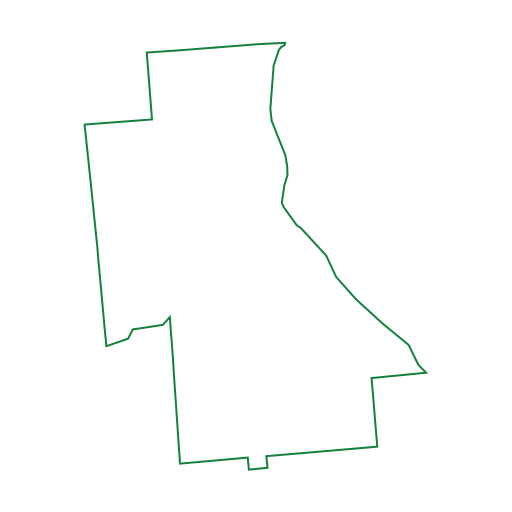 Cuyahoga, Ohio, United States of America (Natural Earth projection), rotated 85°
{"feature_id": "52423323B65833811425835", "entity_name": "Cuyahoga", "entity_type": "district", "adm_level": 2, "iso_a3": "USA", "parent_name": "United States of America", "parent_adm1": "Ohio", "projection": "natural_earth1", "projection_center": [-81.685, 41.453], "detail": "fine", "context": "isolated", "style": "outline", "palette": "green", "viewbox_px": 512, "rotation_deg": 85, "n_neighbors": 0, "source": "geoboundaries", "source_scale": "gbopen_adm2", "svg_char_len": 840}
<svg xmlns="http://www.w3.org/2000/svg" viewBox="0 0 512 512"><g transform="rotate(85 256 256)"><path d="M247.5,413.4L257.8,413.3L314.8,413.1L332.8,412.9L327.2,390.6L318.4,385.1L316.5,354.8L309.4,347.2L353.2,347.7L366.6,348.1L414.5,349.0L456.2,349.8L456.1,281.8L468.2,281.7L468.0,263.0L456.3,263.1L456.5,151.8L387.7,151.5L387.5,135.2L387.1,96.7L378.7,103.7L357.9,111.7L343.5,126.4L334.3,135.8L308.1,159.9L284.0,177.9L272.5,182.1L261.8,186.0L232.0,208.9L229.6,211.9L229.1,212.6L209.3,224.4L205.0,225.6L188.1,221.6L187.9,221.6L178.3,217.6L169.9,217.1L169.7,217.1L158.1,218.0L139.9,223.5L124.7,228.0L122.9,228.6L110.7,228.9L67.7,221.8L53.0,215.3L50.1,212.9L48.5,209.2L46.2,208.4L45.2,233.8L44.4,315.4L43.8,347.1L110.9,347.7L110.1,415.3L137.8,414.8L160.0,414.4L233.2,413.3L247.5,413.4Z" fill="none" stroke="#15803d" stroke-width="2"/></g></svg>